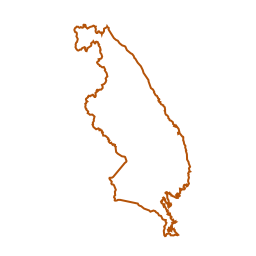 outline of Primor'ye, rotated 292°
{"feature_id": "RUS-2611", "entity_name": "Primor'ye", "entity_type": "Territory", "adm_level": 1, "iso_a3": "RUS", "parent_name": "Russia", "parent_adm1": "", "projection": "orthographic", "projection_center": [134.86, 45.37], "detail": "fine", "context": "isolated", "style": "outline", "palette": "amber", "viewbox_px": 256, "rotation_deg": 292, "n_neighbors": 0, "source": "natural_earth", "source_scale": "10m", "svg_char_len": 5791}
<svg xmlns="http://www.w3.org/2000/svg" viewBox="0 0 256 256"><g transform="rotate(292 128 128)"><path d="M115.4,102.8L115.2,102.3L116.4,101.4L116.6,100.8L114.9,98.9L116.0,95.6L117.9,93.8L118.4,94.2L119.7,93.4L121.8,93.7L122.9,93.1L126.1,92.7L127.1,90.0L126.0,87.6L126.6,86.2L126.6,85.1L128.4,84.9L129.5,82.3L130.3,82.1L130.7,81.1L131.7,80.4L133.2,80.2L134.5,79.3L135.2,79.9L136.3,79.6L137.3,80.4L138.0,78.9L138.9,78.2L139.5,78.2L141.5,79.4L142.2,79.1L143.3,79.6L143.2,80.9L144.1,81.3L144.6,82.2L145.5,82.5L145.7,83.1L144.2,85.4L144.5,86.0L145.7,86.1L148.3,84.7L149.3,85.4L150.6,84.9L151.8,85.0L152.0,85.4L151.2,86.3L152.8,87.1L153.6,88.8L155.6,89.5L156.7,89.1L158.1,87.7L159.9,89.4L161.9,90.1L164.0,90.0L165.5,88.7L167.2,89.1L168.0,89.6L170.8,87.7L172.7,84.9L173.7,84.9L175.5,82.7L174.6,81.4L175.1,79.5L174.9,78.7L175.7,78.0L176.0,76.4L177.0,74.8L177.9,74.8L179.7,76.0L180.8,75.0L182.0,76.8L182.8,77.3L184.5,77.3L186.5,75.7L187.3,74.2L189.6,73.0L190.1,73.4L191.4,72.5L192.7,71.4L193.2,70.2L194.1,69.5L194.7,69.8L195.5,68.5L196.3,67.8L196.2,66.4L195.9,66.0L194.2,66.0L194.0,65.6L195.4,63.4L194.5,63.4L193.6,62.4L192.5,62.1L191.7,62.8L190.4,63.0L186.9,60.6L183.7,60.8L183.6,60.2L183.9,59.7L185.1,58.6L186.5,58.3L186.7,57.4L184.9,55.6L183.1,55.2L182.8,54.2L181.3,53.1L181.1,52.1L182.0,50.4L183.3,49.0L184.7,48.8L185.9,48.1L187.8,48.0L188.7,48.5L191.7,48.1L193.7,45.8L195.2,45.7L196.8,45.0L197.3,44.3L197.1,43.2L198.3,41.9L199.3,41.4L201.1,41.6L201.9,42.3L202.7,42.4L203.2,43.8L202.9,44.5L202.8,45.6L203.9,46.4L203.8,47.9L204.1,48.5L204.9,48.8L206.1,48.6L206.7,48.1L207.2,48.3L207.6,49.8L206.9,50.4L205.8,50.3L205.8,51.4L205.0,53.1L207.5,55.0L209.1,57.1L209.9,57.5L210.0,58.3L209.6,59.0L209.9,60.1L208.8,60.1L207.7,61.2L206.0,61.5L205.0,62.1L204.3,63.3L204.7,64.1L206.3,64.2L206.8,64.8L205.9,66.7L206.6,67.6L205.2,68.6L206.3,68.5L206.8,69.2L208.7,69.5L211.1,68.6L213.6,70.7L214.4,70.6L213.8,71.4L213.5,72.7L212.0,73.1L206.1,81.2L205.2,83.8L205.1,85.9L203.4,88.4L202.4,91.7L202.6,93.7L202.5,95.0L199.8,97.8L198.3,102.5L198.1,104.3L196.9,106.3L195.2,107.8L195.1,108.7L192.2,112.5L190.1,116.8L187.3,119.9L184.9,121.8L180.1,129.0L178.9,129.6L173.6,134.3L173.0,136.8L171.3,138.8L170.7,138.8L168.7,141.4L168.6,142.9L167.9,143.5L167.5,144.3L166.6,144.9L166.5,146.1L166.1,146.4L164.7,146.0L164.4,146.9L163.8,147.3L164.2,148.3L163.1,148.7L162.4,149.9L162.3,152.2L161.7,152.5L161.0,154.3L158.6,155.7L157.7,155.5L157.4,156.1L155.5,157.1L154.5,158.2L154.5,159.1L154.1,160.2L153.4,161.2L152.1,161.8L151.8,162.9L150.8,163.7L150.9,165.2L150.2,167.4L148.5,168.4L148.0,170.8L147.6,170.1L147.0,170.0L147.0,171.5L147.4,171.5L147.3,172.0L148.1,171.9L146.2,175.2L143.2,177.4L142.9,177.2L142.8,176.4L142.4,176.1L141.3,176.8L142.3,177.6L142.1,178.6L140.4,181.6L140.5,182.3L140.2,182.7L137.0,183.9L136.7,184.5L134.2,186.1L132.8,188.0L131.4,188.3L129.0,190.4L128.5,190.2L125.8,192.4L120.9,194.6L119.1,196.9L117.9,197.6L115.3,200.1L113.5,199.6L111.2,201.1L110.9,201.9L110.0,200.9L108.4,200.8L107.9,201.6L106.9,201.6L104.8,203.1L102.2,203.3L100.9,203.8L99.3,205.3L96.5,204.9L95.9,204.3L96.8,203.7L97.6,203.9L97.7,203.5L96.0,202.0L96.3,201.6L95.9,201.3L94.0,201.6L93.7,203.1L93.2,203.5L92.2,203.2L91.7,202.2L91.7,201.4L91.0,201.0L91.4,199.9L91.2,198.9L89.5,199.8L89.8,200.2L88.2,200.2L87.3,200.7L85.9,199.8L85.8,198.3L83.8,197.7L83.6,198.3L82.6,198.9L82.8,200.0L81.8,200.4L81.3,199.1L81.7,195.4L81.5,194.8L81.8,194.2L81.6,193.6L82.2,193.4L82.2,192.6L82.6,192.3L82.3,192.1L82.4,191.1L83.0,191.2L83.5,190.7L82.1,189.3L82.9,188.5L83.1,188.0L82.9,187.6L82.1,187.0L81.7,187.2L81.6,188.2L80.4,189.5L77.6,190.8L76.2,192.6L74.1,193.8L73.2,193.3L74.0,192.4L72.7,193.3L72.5,192.9L73.9,190.2L75.7,189.1L76.7,187.8L76.9,187.0L76.4,186.7L75.6,188.1L75.1,188.2L75.3,187.6L74.9,187.2L73.6,186.7L72.6,187.1L72.2,186.7L72.5,186.3L72.0,186.2L70.9,187.4L70.6,189.3L70.0,189.7L70.8,190.4L70.1,190.7L69.4,189.9L68.4,190.8L68.8,191.1L69.4,190.6L68.7,192.0L66.5,194.4L66.5,195.6L65.5,195.2L65.1,195.4L65.0,197.1L63.8,197.2L62.9,196.9L62.7,197.8L63.2,198.1L62.9,198.9L64.2,198.7L64.4,199.0L62.5,200.1L61.8,201.7L60.8,201.1L60.2,201.5L59.3,203.5L59.9,204.2L59.0,204.8L58.5,206.1L59.2,206.8L58.7,206.9L58.8,207.8L57.7,207.1L58.1,206.3L57.0,205.9L56.9,204.5L56.6,204.4L56.2,205.2L54.2,205.1L52.0,206.2L50.5,205.1L52.1,205.1L52.5,205.7L52.9,205.7L53.3,204.7L49.9,204.5L50.9,204.0L50.8,203.3L49.1,203.7L48.6,203.1L47.3,204.1L47.3,204.7L48.8,205.5L48.7,206.6L49.6,206.1L51.6,208.2L50.9,208.4L50.8,209.7L49.7,209.9L47.7,214.6L47.1,214.1L46.7,211.5L45.5,210.6L44.5,207.7L45.6,206.7L45.4,205.2L44.1,203.5L42.0,203.4L41.6,202.9L42.2,201.8L46.0,199.7L49.1,199.6L49.9,198.5L50.4,198.5L51.6,199.1L54.5,199.2L55.2,197.9L56.8,197.6L56.3,195.2L56.5,194.1L58.8,191.7L58.6,189.4L60.1,187.7L60.4,185.5L61.1,184.5L61.0,182.5L58.8,180.1L59.5,178.5L59.3,173.1L60.4,169.5L60.3,167.6L60.6,166.5L61.6,165.4L58.4,147.5L57.6,145.6L56.6,144.8L55.8,143.3L55.9,142.8L57.8,142.3L58.4,141.1L59.6,140.8L60.9,141.3L64.0,139.7L66.1,139.9L69.7,136.4L70.0,135.5L69.7,134.3L70.2,133.4L72.2,133.0L73.5,130.5L74.2,129.7L74.9,129.6L76.0,131.8L77.1,132.6L94.3,138.1L95.9,139.0L96.8,139.0L100.0,136.2L100.1,135.5L99.5,133.0L99.7,131.8L100.4,128.0L101.3,126.0L105.2,123.8L106.0,123.8L106.3,122.6L107.3,122.3L106.9,121.7L107.6,121.0L107.5,120.6L106.7,120.0L107.2,119.4L107.5,118.3L108.0,118.0L107.5,117.5L107.4,116.8L108.2,115.2L108.9,114.9L109.6,115.3L110.2,113.6L111.0,113.7L112.3,110.0L111.7,107.8L112.7,107.3L113.8,105.8L114.5,106.3L115.1,105.5L115.0,105.2L115.9,104.5L115.8,103.3L116.2,103.0L115.8,102.6L115.4,102.8ZM73.9,195.2L73.7,196.2L73.0,196.8L72.1,196.8L70.5,195.9L71.2,195.8L70.7,195.2L71.2,195.2L70.9,194.4L71.4,194.2L72.6,194.7L72.0,193.9L73.9,195.2ZM84.7,201.0L85.2,201.8L83.7,200.9L84.2,199.1L84.8,200.1L84.7,201.0Z" fill="none" stroke="#b45309" stroke-width="2"/></g></svg>